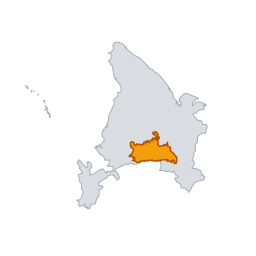 location of Uttar Pradesh within India, rotated 152°
{"feature_id": "IND-3253", "entity_name": "Uttar Pradesh", "entity_type": "State", "adm_level": 1, "iso_a3": "IND", "parent_name": "India", "parent_adm1": "", "projection": "orthographic", "projection_center": [80.221, 27.157], "detail": "medium", "context": "in_parent", "style": "filled", "palette": "amber", "viewbox_px": 256, "rotation_deg": 152, "n_neighbors": 0, "source": "natural_earth", "source_scale": "10m", "svg_char_len": 5365}
<svg xmlns="http://www.w3.org/2000/svg" viewBox="0 0 256 256"><g transform="rotate(152 128 128)"><path d="M48.2,111.4L51.4,111.0L51.9,108.9L57.4,110.3L61.3,109.1L62.5,110.3L64.4,109.4L62.8,101.5L60.7,101.0L59.9,99.7L60.4,96.1L57.1,94.3L57.4,92.0L62.5,86.8L64.5,88.9L70.4,87.8L73.3,83.1L76.4,81.6L79.3,76.1L81.6,75.3L82.2,73.2L86.3,69.7L85.7,68.7L86.1,64.9L90.3,62.6L89.8,61.6L87.0,60.7L87.0,59.1L85.4,59.0L85.2,57.6L83.7,56.3L84.6,54.4L83.8,53.0L85.3,51.7L83.6,50.8L84.0,49.9L83.1,49.0L84.1,47.3L85.8,46.7L92.9,48.6L97.4,47.3L103.6,42.8L104.8,43.0L104.7,44.4L106.2,48.3L109.4,50.2L108.2,52.0L108.5,55.1L110.2,57.2L110.6,61.3L109.0,62.2L107.9,60.7L106.3,61.1L108.0,64.6L108.0,68.5L109.9,68.1L111.9,70.6L115.4,71.9L115.6,73.2L120.0,75.7L116.8,78.4L115.0,83.9L124.7,89.8L129.2,91.0L129.6,91.9L132.6,92.8L137.0,91.9L139.9,93.0L140.3,94.6L143.4,96.2L145.2,95.6L146.5,97.0L158.7,97.7L159.5,95.6L158.3,93.1L158.9,88.0L161.2,87.0L162.4,87.4L162.3,90.4L163.2,91.7L162.4,92.6L164.8,94.6L168.2,95.1L171.3,93.7L173.5,94.2L180.2,93.1L180.4,90.4L177.7,89.0L177.7,87.7L182.6,86.5L185.8,81.5L188.4,80.6L192.5,76.5L196.7,77.7L199.8,74.8L201.6,75.8L200.5,77.0L200.7,78.0L202.2,77.0L203.2,78.6L201.9,81.0L203.5,80.5L207.5,81.4L207.8,83.1L205.7,85.6L207.2,88.3L205.1,87.3L202.3,88.1L197.2,92.9L197.6,96.3L195.1,101.1L196.0,102.6L193.6,110.2L189.1,109.5L189.8,115.2L188.7,116.0L189.1,120.9L187.9,122.5L186.7,121.7L186.0,122.7L183.3,112.5L181.6,112.6L180.2,117.1L179.0,115.9L178.4,116.5L177.4,113.7L178.2,110.4L181.0,109.5L182.1,108.1L182.6,105.1L183.9,104.6L181.4,103.4L172.6,104.3L169.2,103.7L168.9,99.7L167.9,98.1L167.3,99.5L166.4,99.5L164.3,97.2L163.3,98.2L160.7,96.5L161.1,97.7L159.3,100.7L164.4,104.3L161.7,104.9L159.5,108.5L163.5,110.4L162.8,114.2L163.9,116.7L165.0,117.1L166.3,126.4L165.1,125.9L164.6,127.0L163.8,123.7L163.6,126.6L161.9,126.1L161.0,126.9L161.3,123.8L159.8,122.4L161.1,123.9L160.0,125.8L155.2,128.1L153.9,129.8L154.7,133.0L153.5,135.5L151.4,137.4L150.7,137.2L150.5,138.2L146.9,139.6L146.4,138.4L145.0,139.3L144.6,140.3L146.1,140.0L142.3,143.2L138.6,148.4L128.4,156.0L127.9,159.2L124.9,160.7L122.1,160.7L120.3,164.2L118.3,163.4L116.2,164.5L114.8,168.3L116.3,177.9L115.4,176.5L114.8,177.2L116.5,178.6L112.6,190.9L113.5,191.6L113.5,196.7L110.3,197.1L108.0,201.2L108.5,202.5L110.9,203.4L108.2,202.9L104.8,203.8L103.4,205.1L102.6,208.0L99.3,209.7L96.5,208.3L93.4,204.8L92.1,201.5L91.6,198.7L92.9,201.0L92.3,198.7L88.6,190.1L84.0,182.7L81.0,171.0L78.5,167.4L77.9,163.8L77.0,163.5L75.1,158.8L72.9,145.4L73.8,143.1L73.6,142.3L72.8,143.4L72.6,142.7L72.7,141.4L73.7,141.6L72.6,141.0L72.1,138.1L73.6,133.0L72.2,128.6L72.9,128.1L72.2,128.1L75.1,126.5L71.9,126.6L72.9,125.0L71.8,124.9L72.1,123.8L73.6,123.4L70.0,123.0L70.5,124.1L69.0,125.6L70.2,127.5L68.7,129.7L62.9,131.9L59.9,131.0L51.9,121.4L52.5,120.6L53.6,121.6L58.8,120.3L60.8,117.2L56.0,118.9L53.7,118.1L50.5,115.7L49.5,113.3L51.6,111.7L48.5,113.0L48.2,111.4ZM190.8,185.8L189.6,183.9L191.0,181.7L191.1,174.9L192.2,173.6L191.4,177.3L192.1,179.7L191.4,180.4L190.8,185.8ZM198.3,210.3L198.5,213.2L197.4,211.7L198.3,210.3ZM189.8,191.7L189.0,191.9L188.9,190.7L189.7,189.7L189.8,191.7ZM195.5,206.1L195.5,206.9L195.3,206.2L195.5,206.1ZM196.4,204.8L196.1,206.0L196.2,204.8L196.4,204.8ZM197.5,209.4L197.2,210.3L197.0,210.0L197.5,209.4ZM191.9,199.7L191.4,199.8L191.6,199.3L191.9,199.7ZM190.7,186.2L190.1,186.8L190.4,186.0L190.7,186.2ZM192.4,182.6L192.7,183.4L192.1,182.9L192.4,182.6ZM194.1,204.9L193.6,204.8L193.8,204.3L194.1,204.9ZM190.5,177.4L190.3,178.3L190.4,177.3L190.5,177.4Z" fill="#d9dde1" stroke="#a8b0b8" stroke-width="1"/><path d="M129.2,90.8L129.7,92.1L131.8,92.3L132.6,93.0L133.1,92.1L135.9,92.9L137.0,95.4L137.8,95.6L138.0,96.4L138.8,97.0L137.2,97.1L137.0,97.6L136.3,97.7L136.3,98.3L137.7,98.6L137.7,99.3L136.7,99.8L138.2,101.5L138.8,101.4L140.2,102.3L139.7,102.9L138.6,102.6L138.4,103.3L137.6,102.7L133.3,106.1L133.3,108.1L134.3,108.9L134.3,110.3L133.6,110.5L134.0,111.3L132.7,113.9L131.1,114.1L130.0,113.2L129.6,112.5L130.1,111.6L129.9,110.2L130.4,110.0L129.8,109.2L128.2,109.2L128.1,109.7L127.5,109.8L126.9,108.5L125.5,108.3L124.9,107.4L123.4,107.0L123.2,106.3L122.5,106.9L121.5,106.5L120.7,108.1L118.8,107.7L119.2,106.2L118.3,106.7L118.6,107.1L117.7,106.7L117.1,106.9L117.2,107.5L116.2,107.5L116.1,107.0L116.9,106.4L116.1,105.0L115.7,105.0L113.7,106.1L113.8,106.6L112.1,106.5L111.0,107.1L111.5,105.7L110.7,106.1L110.7,105.3L110.5,106.6L109.1,106.5L109.0,105.8L108.3,106.4L108.8,104.9L108.4,104.2L108.1,105.0L107.8,104.3L107.5,104.5L107.5,105.4L106.7,105.0L106.3,105.8L107.4,108.5L107.4,109.7L108.2,109.9L108.8,111.1L107.9,112.4L106.1,111.2L105.4,111.8L104.6,110.5L104.9,109.8L104.3,108.3L105.2,107.5L105.4,106.4L104.8,105.1L105.5,104.1L107.6,103.6L107.5,102.8L108.8,100.8L108.7,99.8L109.4,99.3L109.3,98.7L108.7,97.0L105.5,96.0L104.7,96.2L104.9,95.6L104.5,95.5L103.7,96.0L102.0,95.5L100.2,96.4L100.4,95.8L102.0,95.0L100.9,94.6L101.7,93.9L99.9,91.3L99.7,90.1L101.1,89.2L100.8,88.2L101.2,87.4L99.5,83.8L99.3,80.1L98.8,80.1L99.0,78.6L99.8,76.7L102.2,74.2L103.7,75.2L102.6,76.7L103.0,78.7L103.7,78.3L104.7,78.6L104.7,77.1L105.1,76.9L107.3,79.5L108.8,80.3L107.7,81.1L108.7,82.2L109.5,81.9L111.2,83.1L111.6,83.8L113.6,83.7L114.5,84.5L115.0,84.0L117.3,85.6L117.6,84.9L119.5,86.3L121.0,86.8L121.7,88.3L122.2,88.1L124.7,89.9L125.7,89.5L127.7,91.0L129.2,90.8Z" fill="#f59e0b" stroke="#b45309" stroke-width="1.5"/></g></svg>